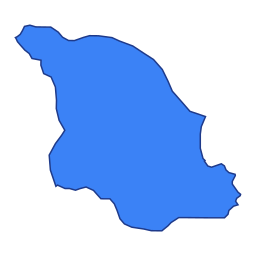 Jongphyong, Hamgyŏng-namdo, North Korea
{"feature_id": "82179303B98077140175950", "entity_name": "Jongphyong", "entity_type": "district", "adm_level": 2, "iso_a3": "PRK", "parent_name": "North Korea", "parent_adm1": "Hamgyŏng-namdo", "projection": "albers", "projection_center": [127.328, 39.697], "detail": "fine", "context": "isolated", "style": "filled", "palette": "blue", "viewbox_px": 256, "rotation_deg": 0, "n_neighbors": 0, "source": "geoboundaries", "source_scale": "gbopen_adm2", "svg_char_len": 1263}
<svg xmlns="http://www.w3.org/2000/svg" viewBox="0 0 256 256"><path d="M24.5,26.4L22.3,30.9L20.2,34.4L17.2,36.7L15.4,37.6L16.0,38.4L17.5,41.7L20.4,45.1L24.8,50.1L29.2,53.5L32.0,58.5L41.0,60.2L40.9,65.2L43.7,73.6L51.1,77.0L55.4,87.0L56.5,100.3L56.3,108.6L59.1,120.3L64.8,130.3L61.7,135.2L55.5,143.5L49.2,155.1L50.4,170.1L55.9,186.3L57.5,185.1L65.0,188.5L69.5,188.5L75.5,190.2L80.0,188.6L86.1,187.0L93.5,190.4L96.4,193.7L100.9,198.7L103.9,198.8L109.9,198.8L114.3,203.8L117.1,210.5L120.0,218.8L124.4,223.9L131.8,227.2L143.8,229.0L151.3,230.7L161.9,230.8L168.0,225.8L171.1,222.5L178.7,217.6L186.2,217.6L196.8,217.7L210.3,217.8L224.5,217.8L228.0,214.3L228.9,210.4L233.5,206.2L238.0,204.8L235.6,201.2L236.7,198.3L240.2,195.7L240.6,194.3L238.0,192.2L232.3,184.1L232.3,181.4L235.3,175.6L235.1,174.3L228.9,172.6L226.0,169.9L224.4,165.9L221.8,164.1L221.3,163.8L211.5,167.2L207.8,166.0L204.4,161.1L205.0,160.5L203.0,158.5L200.3,148.3L200.3,145.6L200.3,134.1L201.3,126.6L205.5,116.6L189.9,111.3L182.6,102.9L172.3,91.2L168.0,81.2L162.3,69.5L153.5,59.5L143.1,52.8L132.8,46.0L119.4,41.0L112.0,37.6L98.5,35.8L89.5,35.7L83.5,37.4L74.4,40.6L68.5,40.5L62.5,37.2L58.2,32.1L50.8,27.1L41.8,27.0L35.8,26.9L29.9,25.2L24.5,26.4Z" fill="#3b82f6" stroke="#1e3a8a" stroke-width="1.5"/></svg>